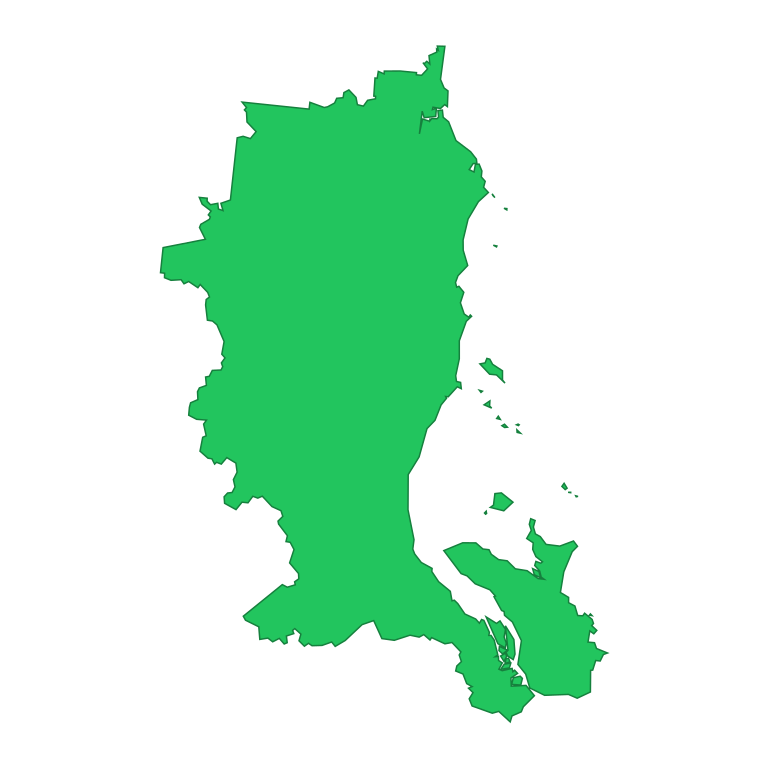 the district of Cassowary Coast, Queensland, Australia
{"feature_id": "25037944B15390433377666", "entity_name": "Cassowary Coast", "entity_type": "district", "adm_level": 2, "iso_a3": "AUS", "parent_name": "Australia", "parent_adm1": "Queensland", "projection": "mercator", "projection_center": [145.98, -17.968], "detail": "fine", "context": "isolated", "style": "filled", "palette": "green", "viewbox_px": 768, "rotation_deg": 0, "n_neighbors": 0, "source": "geoboundaries", "source_scale": "gbopen_adm2", "svg_char_len": 6127}
<svg xmlns="http://www.w3.org/2000/svg" viewBox="0 0 768 768"><path d="M309.9,102.3L309.1,109.1L242.1,102.1L246.5,107.6L244.4,109.9L246.5,112.1L247.0,122.0L256.1,131.6L250.4,138.6L243.1,136.3L237.2,137.8L230.4,200.0L220.9,203.3L223.0,210.6L218.4,209.0L217.8,203.3L210.5,204.7L207.1,201.2L207.2,198.2L199.3,197.4L202.2,204.2L211.1,211.0L208.3,214.9L210.3,216.9L209.4,219.3L200.8,224.3L199.5,227.5L205.4,239.3L163.1,247.6L160.5,272.7L164.6,273.2L164.5,277.7L171.0,280.3L181.1,279.7L184.0,283.8L188.7,281.5L197.9,287.7L200.2,284.5L207.7,292.4L209.5,297.0L206.2,299.5L205.6,304.9L207.4,320.2L212.5,321.0L217.0,324.9L224.1,341.5L221.8,354.2L225.0,357.9L221.4,362.9L222.7,366.7L221.0,370.0L212.3,370.4L209.3,376.3L205.6,377.0L206.4,385.4L199.4,387.9L197.5,391.7L197.9,399.6L190.6,402.8L189.4,407.3L188.7,415.2L196.6,419.3L206.5,420.1L203.6,424.1L206.2,435.8L202.7,437.3L200.0,451.2L208.0,458.2L211.9,458.8L214.6,464.1L216.6,462.3L221.3,464.1L226.8,457.6L235.9,463.1L237.1,472.2L233.4,479.6L235.0,486.9L232.1,492.5L227.6,493.0L224.1,496.8L224.6,503.3L236.0,509.6L242.0,502.2L248.0,502.8L252.8,496.3L257.8,498.1L262.3,496.2L272.0,506.6L281.0,510.7L282.8,516.4L278.0,521.1L278.6,524.1L287.4,535.7L286.0,541.6L290.2,542.3L294.0,549.5L289.6,562.9L298.5,573.5L298.8,578.8L294.6,581.8L295.3,584.8L287.3,587.2L282.3,584.6L243.3,616.2L245.5,620.2L258.8,626.8L259.8,639.4L267.9,638.1L272.7,641.8L279.3,638.4L284.2,644.0L287.2,642.7L286.4,636.0L293.8,633.6L292.6,630.4L294.8,628.6L300.9,634.1L299.0,640.8L304.4,646.2L308.5,643.3L312.0,645.7L322.1,645.4L331.7,642.0L335.2,646.4L345.2,640.5L362.1,624.6L373.7,620.6L381.9,638.6L394.3,640.3L410.0,635.2L419.2,637.1L423.8,634.6L430.0,640.0L431.6,637.6L444.9,643.8L452.0,642.5L460.9,651.9L459.2,655.0L461.4,661.6L456.8,666.0L455.7,671.0L463.0,674.0L466.7,683.6L472.1,686.6L468.5,688.2L473.0,692.6L469.2,698.8L472.1,706.0L492.3,713.2L498.8,711.4L510.2,721.9L512.0,715.9L521.3,711.8L523.3,706.8L534.4,695.7L526.0,685.4L511.3,686.2L510.9,678.0L517.6,673.4L514.6,670.2L512.9,671.7L512.1,668.4L502.2,670.7L498.9,669.2L502.3,662.9L498.6,660.5L498.4,656.4L495.3,656.7L497.8,654.9L494.2,640.1L491.0,635.4L488.8,635.4L489.4,632.4L483.9,620.4L481.6,619.5L479.4,623.2L475.7,619.0L464.9,614.0L457.8,603.6L454.3,600.2L452.0,600.8L450.3,591.3L438.6,581.7L431.8,571.5L432.1,568.4L421.3,562.5L414.7,554.0L412.8,549.1L414.0,539.7L408.0,509.8L408.2,474.6L419.1,456.9L427.0,428.6L435.0,420.3L441.1,404.9L446.5,398.3L445.6,396.5L448.2,396.8L457.3,386.8L461.3,388.7L460.6,382.4L456.5,381.5L455.7,375.7L459.3,358.8L459.3,340.8L466.3,321.3L471.6,316.3L470.3,315.0L468.8,317.2L464.2,314.0L460.4,302.8L463.8,292.3L458.9,286.3L456.7,287.2L455.5,282.5L458.0,275.7L467.7,265.5L463.2,250.2L463.1,239.9L468.1,219.0L478.4,201.7L488.4,192.5L483.6,187.3L485.2,181.3L481.3,176.9L481.9,171.0L479.1,164.1L475.4,164.4L474.0,172.0L469.2,169.6L473.1,163.6L476.9,163.3L476.4,159.1L470.7,151.8L456.0,140.6L448.6,121.8L443.2,117.3L442.4,110.1L437.9,110.6L438.6,117.1L437.0,118.7L431.8,118.6L429.8,121.0L428.8,121.0L422.5,119.0L419.4,133.9L422.2,111.2L424.2,117.7L435.7,116.4L436.4,108.2L432.4,109.6L433.0,107.2L440.5,108.5L444.7,104.6L447.4,106.6L448.0,90.9L444.1,88.0L440.5,79.4L444.9,46.3L437.3,46.1L438.3,50.3L436.6,49.0L436.8,52.1L429.0,55.6L429.8,64.0L426.8,61.3L424.0,63.8L422.9,62.6L427.6,68.9L421.6,75.3L416.3,74.8L416.5,72.6L400.0,71.0L384.3,71.1L384.1,73.9L378.3,71.4L377.2,78.2L375.0,78.0L373.8,96.1L375.6,96.3L375.5,98.8L367.6,100.3L363.4,106.1L357.4,104.7L356.0,97.4L348.9,89.9L343.9,92.6L343.1,97.7L336.7,98.3L334.6,103.0L327.6,106.8L324.2,107.5L309.9,102.3ZM544.2,579.3L538.1,578.6L527.1,570.7L515.3,568.8L507.2,560.8L498.6,559.6L491.3,554.3L489.0,549.7L482.9,549.0L475.9,542.9L462.7,542.8L443.8,550.6L461.1,573.6L467.1,575.9L475.2,583.8L489.9,589.8L495.4,596.1L494.0,596.7L501.6,610.5L504.1,611.5L504.5,615.3L512.4,622.0L521.4,640.6L517.9,664.4L525.7,674.1L529.8,688.0L544.6,695.3L568.4,694.4L577.2,698.2L590.4,692.0L590.6,670.3L592.7,670.1L595.7,660.5L600.2,661.0L603.4,654.5L607.5,653.0L596.5,648.5L594.5,642.7L588.0,642.1L589.8,630.9L593.8,633.8L596.8,630.4L591.7,625.6L593.5,623.5L592.1,619.4L584.6,613.2L582.8,615.8L577.7,615.5L574.9,606.0L568.6,602.7L568.6,597.4L560.4,592.5L563.8,571.8L572.2,551.7L577.5,546.3L573.5,541.0L559.8,546.1L546.1,544.4L540.3,536.6L535.4,533.9L533.4,527.0L535.1,520.5L530.7,518.7L529.3,524.3L531.3,530.4L526.7,538.5L533.2,542.8L532.7,549.4L535.9,556.6L542.5,561.8L540.8,563.2L535.9,561.4L534.7,565.5L539.7,571.0L541.2,577.1L544.2,579.3ZM505.5,629.4L500.0,620.9L496.5,623.4L486.1,616.9L497.9,643.7L505.3,647.8L506.3,643.2L504.1,636.9L505.5,629.4ZM490.3,507.4L503.8,510.8L513.0,502.2L501.4,492.9L494.9,493.6L493.5,505.1L490.3,507.4ZM496.5,374.9L505.0,383.1L502.5,380.0L502.5,370.8L492.6,364.3L489.8,359.2L486.9,358.4L485.1,362.9L479.9,363.9L489.6,374.2L496.5,374.9ZM508.0,650.4L506.0,652.4L507.8,656.1L513.2,659.6L515.0,654.1L513.9,639.5L505.4,625.8L508.0,650.4ZM522.4,678.4L520.2,676.2L513.3,677.8L511.7,684.4L520.8,685.0L522.4,678.4ZM507.4,650.1L499.4,646.4L499.0,650.6L502.7,654.0L507.4,650.1ZM509.4,667.9L510.8,663.1L504.2,664.2L500.8,669.3L509.4,667.9ZM532.6,568.6L534.3,574.7L540.7,577.8L538.9,571.5L532.6,568.6ZM504.0,661.4L506.6,656.3L505.4,653.2L500.6,656.0L504.0,661.4ZM484.1,404.8L491.7,408.1L489.6,406.0L489.9,400.9L484.1,404.8ZM505.2,663.4L510.0,661.8L508.5,658.3L506.0,658.7L505.2,663.4ZM561.9,486.4L565.2,489.6L567.1,488.2L564.1,483.3L561.9,486.4ZM501.9,425.7L504.6,427.5L507.4,427.2L504.5,424.2L501.9,425.7ZM517.1,432.4L520.5,433.2L516.9,429.8L517.1,432.4ZM496.7,418.5L500.3,419.4L498.3,416.2L496.7,418.5ZM493.3,245.2L496.5,246.9L496.9,246.0L493.3,245.2ZM479.4,390.3L481.0,392.4L482.4,391.2L479.4,390.3ZM504.0,208.3L506.8,209.9L506.9,208.6L504.0,208.3ZM486.2,511.2L484.5,513.0L485.6,514.2L486.6,513.5L486.2,511.2ZM589.4,615.2L592.0,615.6L590.4,613.9L589.4,615.2ZM576.2,496.8L578.0,496.4L575.7,495.8L576.2,496.8ZM516.5,424.8L518.4,425.6L519.2,424.8L518.1,424.1L516.5,424.8ZM492.9,195.5L494.9,197.6L492.1,193.8L492.9,195.5ZM570.7,492.3L568.1,492.3L570.7,492.7L570.7,492.3ZM429.9,119.1L429.9,120.4L430.7,119.1L429.9,119.1Z" fill="#22c55e" stroke="#15803d" stroke-width="1.5"/></svg>